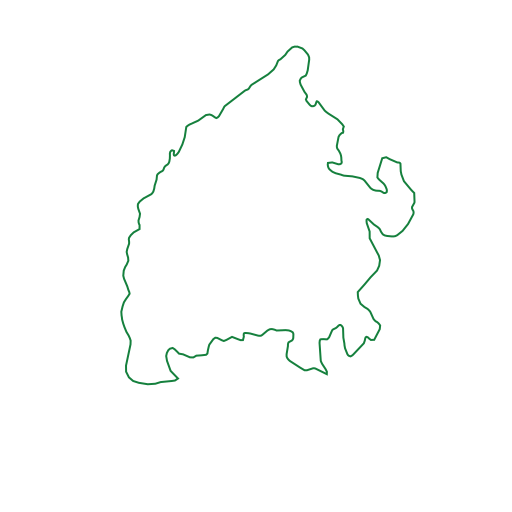 Lara, Natural Earth projection, rotated 317°
{"feature_id": "VEN-34", "entity_name": "Lara", "entity_type": "State", "adm_level": 1, "iso_a3": "VEN", "parent_name": "Venezuela", "parent_adm1": "", "projection": "natural_earth1", "projection_center": [-69.693, 10.08], "detail": "fine", "context": "isolated", "style": "outline", "palette": "green", "viewbox_px": 512, "rotation_deg": 317, "n_neighbors": 0, "source": "natural_earth", "source_scale": "10m", "svg_char_len": 5475}
<svg xmlns="http://www.w3.org/2000/svg" viewBox="0 0 512 512"><g transform="rotate(317 256 256)"><path d="M415.2,302.2L414.6,313.2L414.6,315.6L414.7,317.6L414.7,317.8L408.8,324.6L408.1,325.1L403.5,326.6L402.6,327.6L402.1,328.8L401.9,330.0L401.5,330.9L400.9,331.7L400.2,332.3L399.4,332.8L389.0,336.3L380.3,337.6L373.5,337.1L371.5,336.5L370.1,335.6L368.5,334.1L365.5,330.7L364.2,328.8L363.6,327.1L363.6,325.8L364.0,323.4L364.7,321.3L364.9,320.2L364.7,317.8L363.7,313.3L363.2,305.7L362.7,304.9L361.6,304.9L360.6,305.9L359.4,307.5L355.8,315.6L351.2,320.6L347.1,335.6L346.1,339.4L343.9,343.6L339.4,347.2L334.6,349.2L325.3,349.7L316.4,350.8L311.1,351.3L305.8,351.8L303.6,354.4L301.8,356.9L299.9,362.2L300.2,364.7L300.5,367.3L301.4,370.4L301.6,371.6L301.6,374.1L301.4,375.1L299.0,382.2L298.9,384.1L299.0,385.5L299.4,386.5L299.6,387.6L299.7,388.9L299.6,390.3L299.4,391.5L296.6,393.9L285.3,397.9L282.8,395.8L282.4,393.5L282.4,392.2L282.1,391.2L281.6,390.4L280.6,390.3L279.5,390.9L277.8,392.1L275.3,393.4L259.6,394.4L258.3,394.3L256.7,393.9L255.9,392.5L255.7,391.3L255.9,390.1L258.2,384.2L259.8,381.7L261.0,380.2L264.2,375.3L270.4,368.2L270.8,367.2L271.0,366.2L271.0,365.1L270.8,364.1L270.0,363.4L268.8,363.2L266.9,363.3L265.5,363.2L264.4,362.9L262.5,362.3L261.4,362.2L259.8,362.8L254.1,365.3L252.3,365.5L251.1,365.4L250.2,364.5L249.7,363.9L248.4,362.6L247.0,361.4L246.2,360.9L244.9,361.4L243.2,362.9L231.9,376.8L231.4,378.0L230.8,380.0L229.7,386.3L228.9,389.0L227.2,390.7L222.7,378.8L222.0,377.8L221.1,377.0L215.3,374.3L213.6,372.7L212.2,367.9L209.2,355.9L209.1,354.7L209.1,353.3L209.3,351.9L209.8,350.5L211.0,349.1L211.9,348.3L218.0,343.6L218.8,342.7L219.8,341.9L220.8,341.4L221.7,341.5L224.6,342.3L225.6,342.2L226.5,341.9L227.3,341.4L230.0,338.7L230.5,337.9L230.8,336.8L230.3,335.0L229.8,333.9L229.2,332.8L227.1,330.4L220.3,324.6L219.4,322.7L218.4,321.1L217.8,320.3L217.1,319.7L216.3,319.1L215.1,318.7L213.4,318.3L206.9,318.0L205.6,317.8L204.5,317.1L203.3,315.8L198.9,308.7L198.4,308.1L197.9,307.4L195.8,305.1L195.1,304.6L194.3,304.4L193.4,305.1L192.7,305.8L192.1,306.7L189.1,308.6L187.3,307.0L186.0,304.4L183.3,298.8L177.1,297.2L174.5,296.2L173.6,294.4L171.8,289.5L170.5,288.0L168.1,287.7L161.4,289.0L159.7,290.0L156.6,292.1L153.9,294.2L152.1,294.2L148.2,291.3L144.4,288.2L141.1,287.5L138.6,285.1L135.6,278.2L133.1,274.9L133.1,272.8L132.9,268.7L132.3,266.4L129.8,265.1L127.6,265.1L124.7,266.1L122.1,267.9L119.4,272.0L115.2,281.8L115.4,292.4L111.8,291.8L109.2,290.0L100.3,283.2L95.3,280.8L89.4,276.0L83.8,268.8L80.9,263.6L80.3,258.1L82.1,252.0L86.2,247.5L103.9,235.1L106.6,232.4L107.7,230.0L108.6,227.3L109.5,223.1L111.3,218.3L112.8,214.9L114.8,211.1L116.0,209.5L117.2,207.7L119.5,204.9L124.0,201.9L127.8,199.8L131.6,198.8L135.2,198.1L137.8,197.4L138.7,196.0L139.6,193.6L141.1,190.5L142.0,188.1L144.0,182.6L145.5,179.9L149.3,176.5L152.9,174.8L155.5,174.1L159.4,172.4L161.4,169.9L162.9,166.9L164.2,164.8L166.6,163.1L171.5,160.5L172.8,159.2L174.4,157.0L175.6,156.1L178.6,155.4L182.7,155.3L189.2,156.9L192.0,153.9L192.3,152.8L193.1,151.3L194.3,149.9L197.4,148.1L200.0,146.0L202.1,141.2L203.1,139.5L203.7,138.8L204.4,138.1L205.1,137.5L206.4,137.2L208.1,136.9L213.1,137.2L221.7,139.4L223.1,139.3L224.8,138.9L227.5,137.3L229.9,135.4L235.4,132.3L238.6,129.5L239.9,129.1L242.3,129.2L243.8,129.5L245.1,129.9L246.2,130.0L247.3,129.7L249.0,128.8L250.4,128.4L252.4,128.5L253.7,128.8L255.3,128.6L256.9,127.9L259.4,126.0L261.6,123.8L262.2,123.1L262.8,122.4L263.6,121.8L264.5,121.3L265.9,121.2L266.7,121.4L267.7,123.3L266.3,124.6L265.6,125.1L265.0,125.8L264.7,126.5L265.0,127.2L265.8,127.6L267.0,127.7L268.6,127.6L270.6,127.2L278.2,124.2L284.9,120.5L293.0,114.1L294.6,114.1L296.9,114.5L306.1,117.6L315.5,118.8L318.5,120.8L319.0,121.6L319.6,122.7L320.2,124.9L320.4,126.1L320.7,127.2L321.1,128.1L322.4,128.5L324.2,128.5L332.2,126.1L334.3,125.3L335.3,125.1L360.7,127.5L361.7,127.8L362.6,128.2L363.6,128.6L364.8,128.7L368.0,127.9L369.5,127.8L388.7,131.4L396.2,131.6L400.8,130.4L405.0,128.4L406.1,128.3L408.1,128.8L414.5,128.9L418.5,128.0L424.7,128.1L427.2,129.3L428.1,130.3L429.1,131.1L431.5,135.9L431.7,138.6L431.4,143.9L431.1,145.0L430.3,147.0L428.8,148.7L420.4,155.5L417.5,157.2L415.4,158.0L411.7,156.8L411.0,156.7L410.3,156.7L409.4,156.9L407.6,157.6L406.6,158.9L405.5,161.1L403.4,169.0L403.0,172.5L402.5,173.6L401.8,174.5L399.3,175.5L398.7,177.0L398.4,181.9L398.5,183.4L399.0,184.6L400.4,185.7L401.6,186.0L402.7,185.9L405.1,184.6L405.9,184.3L406.4,184.9L406.6,186.2L405.4,196.5L405.6,198.6L406.1,201.3L408.8,211.6L408.9,218.6L408.5,221.2L406.0,222.5L405.0,224.2L404.5,224.7L403.7,225.2L402.7,224.6L401.4,224.5L399.4,224.6L397.6,225.2L390.2,230.6L389.3,231.7L388.7,232.9L388.4,235.4L387.8,237.7L387.5,238.7L386.6,240.6L385.5,242.2L383.7,244.3L382.9,245.6L382.4,246.1L381.5,246.5L380.0,246.1L378.8,245.1L375.6,239.6L372.1,237.0L370.7,238.2L369.7,239.7L369.3,240.6L369.0,241.5L368.9,242.2L368.9,243.1L369.2,245.7L369.4,246.7L370.7,249.8L373.7,254.6L374.1,255.5L375.1,257.2L380.8,263.5L385.2,269.8L386.0,271.5L386.5,272.6L386.7,273.8L386.8,275.0L386.1,284.1L386.2,285.3L386.5,286.5L386.8,287.5L387.3,288.4L388.3,290.0L390.9,292.7L391.4,293.6L391.8,294.5L392.3,296.5L392.5,297.1L393.0,297.7L393.8,298.2L395.1,298.4L396.2,297.6L397.1,296.3L398.2,293.4L398.6,291.5L398.7,289.9L398.2,284.6L398.2,282.5L398.4,281.3L401.7,278.2L415.0,270.6L418.6,272.6L419.8,276.3L423.1,283.9L424.4,285.3L424.7,286.1L424.6,287.0L419.7,292.7L417.9,295.6L415.2,302.2Z" fill="none" stroke="#15803d" stroke-width="2"/></g></svg>